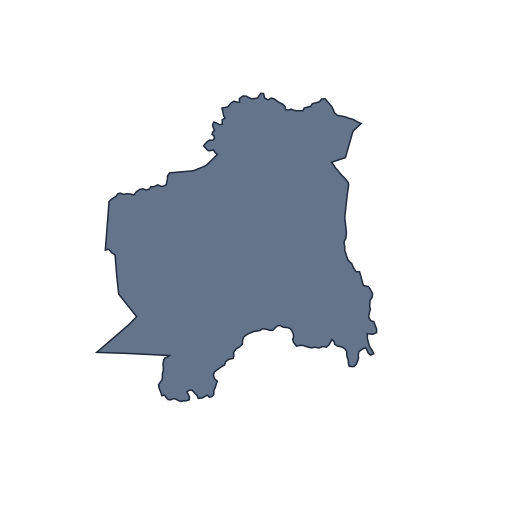 Lagarto, Sergipe, Brazil, rotated 124°
{"feature_id": "56859067B5809148773730", "entity_name": "Lagarto", "entity_type": "district", "adm_level": 2, "iso_a3": "BRA", "parent_name": "Brazil", "parent_adm1": "Sergipe", "projection": "orthographic", "projection_center": [-37.666, -10.882], "detail": "fine", "context": "isolated", "style": "filled", "palette": "slate", "viewbox_px": 512, "rotation_deg": 124, "n_neighbors": 0, "source": "geoboundaries", "source_scale": "gbopen_adm2", "svg_char_len": 3704}
<svg xmlns="http://www.w3.org/2000/svg" viewBox="0 0 512 512"><g transform="rotate(124 256 256)"><path d="M364.4,348.5L366.2,342.6L373.1,321.0L384.3,323.1L425.0,334.2L412.4,314.1L409.6,309.6L407.1,305.5L405.2,302.4L386.9,272.1L389.2,272.9L391.3,274.4L393.7,274.4L397.8,272.6L400.5,270.2L403.1,268.7L406.1,267.7L409.0,265.7L411.6,264.6L414.2,264.8L417.1,264.8L419.9,262.3L422.4,258.4L424.5,256.0L422.5,254.2L423.3,252.0L424.2,248.6L423.0,246.3L420.4,244.7L419.5,242.5L419.2,239.1L418.5,236.7L416.5,235.1L415.0,232.8L412.5,230.9L409.9,232.5L408.8,234.5L407.3,237.2L404.7,236.5L403.0,234.2L403.9,230.1L404.6,226.7L406.3,224.3L404.0,221.4L400.9,219.7L398.5,218.5L399.2,215.7L397.2,214.0L394.4,213.5L391.3,215.6L386.8,216.5L383.9,217.5L381.4,218.1L381.0,221.6L378.5,224.7L375.2,225.6L372.6,224.7L369.8,223.7L366.2,222.4L364.1,221.1L360.7,222.1L356.9,220.8L353.6,217.6L351.4,218.4L348.4,220.7L344.1,220.5L340.6,218.8L336.8,217.9L332.9,220.2L329.7,220.8L327.2,220.0L324.1,218.5L321.4,216.6L319.4,215.4L317.9,213.4L315.5,211.1L312.6,209.9L310.9,206.3L309.8,202.7L308.1,200.5L305.0,200.0L302.0,199.2L300.1,197.2L299.9,193.7L297.8,190.0L297.0,187.2L297.8,184.5L299.8,181.6L301.6,179.8L304.6,179.0L306.6,176.6L308.1,172.0L305.7,169.8L303.9,167.0L302.7,162.7L301.2,158.7L298.7,156.1L296.9,152.2L293.9,150.3L292.2,146.7L288.8,145.8L285.9,146.0L282.9,146.4L283.3,143.2L285.2,141.5L285.1,138.1L283.5,134.2L283.2,130.6L284.4,127.4L287.2,125.5L289.2,123.4L290.8,121.3L293.4,119.3L295.4,117.0L293.0,113.0L289.8,112.3L286.0,113.1L283.2,113.9L280.8,115.9L277.8,117.2L273.8,115.8L270.8,114.0L271.8,111.7L273.7,108.7L274.2,105.7L271.2,103.7L269.3,106.9L267.9,110.5L265.5,113.8L262.2,117.4L258.2,120.3L257.0,118.0L255.7,115.5L252.1,113.2L249.2,115.1L246.7,118.5L244.6,121.7L245.5,124.8L243.6,128.5L239.4,130.4L236.0,131.5L234.3,133.5L232.2,134.8L229.0,136.6L225.3,136.6L222.0,138.3L220.7,140.8L219.4,143.2L218.6,146.0L220.4,150.4L211.1,161.4L213.1,164.4L211.2,168.7L208.7,172.5L208.5,174.9L207.6,177.9L205.5,180.7L203.6,183.1L201.8,185.5L198.6,187.6L196.9,189.5L195.0,190.9L190.8,191.5L188.6,192.7L185.9,194.2L174.4,204.0L154.2,214.6L145.5,218.8L143.5,220.6L142.6,223.5L141.7,226.5L141.4,228.8L140.2,233.5L139.1,236.5L138.7,238.9L137.0,242.8L136.1,245.8L124.4,236.9L108.1,242.2L98.3,245.4L87.3,242.9L87.9,245.8L88.2,248.7L88.5,252.1L89.8,255.8L90.7,259.7L92.0,262.9L93.9,267.1L93.4,271.0L91.6,273.6L89.8,276.6L89.0,279.6L88.1,283.1L87.0,286.6L89.2,289.4L92.6,289.6L95.4,292.0L98.3,294.5L101.5,294.4L104.2,297.0L106.3,298.8L109.4,298.4L111.3,301.4L113.0,303.8L114.1,306.3L114.6,309.2L116.6,310.5L118.3,313.2L115.9,315.3L115.2,318.1L115.5,320.5L115.8,323.9L115.5,328.6L116.5,331.7L119.8,333.3L120.2,337.1L117.1,340.6L118.4,343.0L121.2,343.0L124.2,343.1L126.4,345.4L128.3,348.0L128.7,351.0L128.9,353.4L130.6,356.3L134.9,357.8L137.5,355.6L139.1,357.9L140.0,360.9L143.2,362.2L148.2,362.8L150.4,365.0L152.4,367.0L155.0,364.1L158.0,361.1L158.9,358.8L162.2,360.2L165.4,357.6L167.6,359.7L167.8,362.9L168.6,365.9L171.8,365.2L173.7,363.0L174.9,360.7L177.5,361.2L179.7,360.5L179.9,357.9L181.9,356.2L184.3,356.6L185.9,359.4L188.9,360.5L191.5,360.8L193.9,361.1L194.7,358.4L195.4,354.4L194.0,352.5L191.8,350.6L193.2,347.7L193.3,344.8L207.6,347.6L209.8,348.6L212.0,349.9L217.1,353.4L220.4,355.6L235.4,374.1L239.2,374.1L241.3,372.7L243.6,371.7L247.0,370.3L249.5,371.5L251.2,373.3L252.0,377.4L255.4,379.1L257.3,381.9L259.9,381.7L262.8,384.0L263.6,387.4L265.6,389.5L267.7,390.3L270.0,391.2L273.6,391.2L274.8,394.6L276.4,397.6L279.1,400.4L279.8,403.8L281.7,405.3L285.0,405.5L288.7,407.2L293.0,408.3L335.4,384.2L332.8,382.0L333.3,379.5L334.1,377.3L333.8,373.5L350.3,360.4L364.4,348.5Z" fill="#64748b" stroke="#1e293b" stroke-width="1.5"/></g></svg>